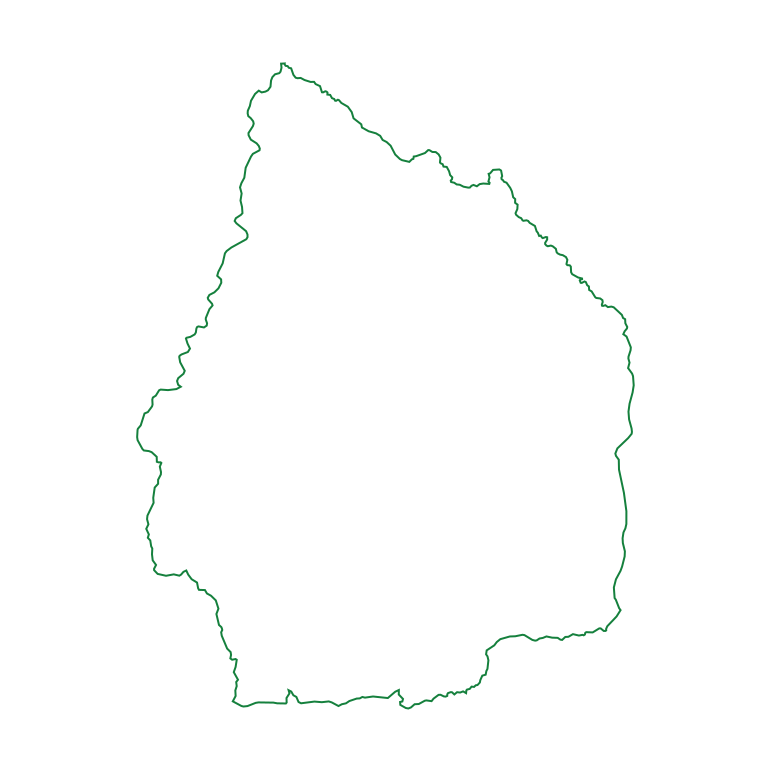 Belén De Umbría, Risaralda, Colombia, rotated 177°
{"feature_id": "7082276B92483962355634", "entity_name": "Belén De Umbría", "entity_type": "district", "adm_level": 2, "iso_a3": "COL", "parent_name": "Colombia", "parent_adm1": "Risaralda", "projection": "mercator", "projection_center": [-75.868, 5.19], "detail": "fine", "context": "isolated", "style": "outline", "palette": "green", "viewbox_px": 768, "rotation_deg": 177, "n_neighbors": 0, "source": "geoboundaries", "source_scale": "gbopen_adm2", "svg_char_len": 6085}
<svg xmlns="http://www.w3.org/2000/svg" viewBox="0 0 768 768"><g transform="rotate(177 384 384)"><path d="M551.6,75.0L543.2,69.9L541.2,69.3L537.2,69.5L528.8,72.3L526.0,72.6L511.1,71.6L507.3,70.7L498.7,70.1L497.9,71.0L497.8,75.5L494.6,80.0L495.3,83.2L492.7,81.7L490.8,77.9L487.9,76.1L486.0,70.9L483.5,69.5L470.1,70.5L462.7,69.5L455.8,69.9L452.9,68.8L446.3,64.8L442.9,66.4L438.7,67.1L435.2,69.2L427.7,71.3L424.7,71.3L422.0,72.6L419.4,71.8L411.3,72.5L396.6,70.2L388.9,76.1L385.2,77.6L385.5,73.1L381.5,68.5L382.3,66.0L384.6,65.6L384.5,62.7L379.2,59.3L376.7,58.7L374.0,59.6L370.2,62.6L366.0,62.6L359.8,65.6L358.2,65.8L353.1,64.8L351.0,67.2L345.8,70.7L343.8,70.7L340.6,68.9L338.8,68.6L337.2,69.2L337.0,70.9L336.2,72.0L333.4,72.8L332.2,72.6L330.0,70.3L327.2,72.4L324.1,71.9L321.1,72.9L318.2,71.0L317.8,73.7L317.1,74.5L314.4,75.0L312.4,77.2L309.9,76.8L308.2,78.3L306.4,78.5L303.9,80.9L303.3,83.3L301.1,87.6L297.7,88.4L296.8,92.0L295.6,94.1L294.2,102.6L294.9,106.6L296.2,108.7L295.4,112.6L287.5,117.3L284.9,120.4L281.2,123.1L271.5,125.3L266.1,125.2L258.8,126.3L256.9,125.9L249.3,120.7L246.5,119.8L244.9,120.0L242.0,121.7L238.7,122.1L235.0,123.4L229.4,121.9L223.8,121.4L221.3,119.5L219.5,119.1L216.2,121.9L213.1,121.9L208.4,124.3L202.5,122.6L198.9,123.1L197.7,122.6L196.5,123.3L196.0,125.0L195.0,125.6L188.6,125.0L181.8,128.7L180.4,128.6L177.5,125.9L175.8,125.8L175.0,126.3L175.0,127.8L173.7,130.4L163.9,139.7L159.6,145.8L160.9,147.8L163.8,156.5L164.9,158.2L165.1,168.8L162.6,176.8L157.6,185.0L155.8,189.2L152.7,199.2L152.2,204.3L153.8,212.7L153.8,217.5L152.6,223.3L150.5,227.2L149.3,231.5L148.6,244.3L150.1,262.7L153.8,286.2L153.5,296.1L156.1,300.1L156.6,302.5L154.3,307.5L143.0,317.2L139.3,321.3L138.9,323.2L139.1,326.6L141.1,335.8L141.3,343.6L139.8,351.5L136.2,362.5L134.7,369.6L134.9,378.8L135.7,381.4L139.4,387.1L137.7,392.5L138.6,396.6L138.4,398.5L136.0,404.8L135.6,407.7L139.3,418.7L142.4,421.2L140.9,424.1L138.5,426.7L138.1,428.2L139.8,432.0L139.8,436.1L141.8,437.4L142.8,440.5L150.6,448.6L152.9,449.4L156.4,449.1L158.8,451.1L161.2,450.5L162.2,450.8L162.3,451.9L161.3,454.4L161.5,456.3L163.6,458.1L167.5,458.8L168.5,459.6L171.8,465.6L174.2,467.2L174.3,470.7L175.9,472.0L177.1,475.2L178.4,475.9L181.2,474.6L182.3,474.8L183.1,477.3L182.4,478.0L180.7,478.3L180.7,479.0L184.6,480.2L190.3,483.8L191.3,485.8L191.3,491.5L192.3,492.8L194.7,493.1L195.5,494.2L194.4,498.4L195.6,501.2L198.7,503.3L201.4,504.0L203.8,505.4L204.7,506.6L205.3,510.0L208.3,512.7L210.1,513.5L213.2,513.0L214.5,513.7L215.7,515.2L215.7,516.5L213.5,519.7L213.4,522.0L214.6,522.3L217.8,521.4L218.7,522.1L219.7,524.0L221.3,523.7L222.5,527.1L223.6,528.5L225.0,533.9L230.1,537.3L231.5,539.3L233.1,540.0L236.3,539.7L237.1,540.2L238.3,542.4L240.7,543.6L243.3,546.2L243.7,547.7L241.7,551.7L241.2,556.1L243.6,558.1L243.3,561.8L245.2,563.7L246.2,569.7L247.7,573.3L251.1,578.6L253.7,579.8L254.4,581.2L255.8,582.3L256.0,583.7L255.1,585.4L255.9,591.0L256.5,591.5L257.6,592.2L263.9,592.1L267.0,588.8L268.5,588.4L267.8,584.9L269.1,580.8L268.0,579.4L268.4,578.3L274.4,579.0L278.0,578.6L280.9,576.6L284.2,578.1L286.2,577.4L288.0,575.7L289.6,575.7L294.3,576.9L297.9,579.0L301.0,579.5L303.3,581.3L306.4,582.2L306.7,583.6L305.4,584.9L305.0,586.8L307.0,589.1L307.9,593.1L310.0,597.5L313.2,598.0L313.9,600.4L316.0,601.5L316.5,602.4L315.8,607.1L317.4,610.4L320.2,612.9L323.6,613.2L326.3,615.1L327.6,615.3L331.0,612.5L340.1,609.8L342.4,609.6L342.9,607.3L344.4,606.9L347.1,604.5L354.3,606.6L356.4,607.9L360.8,612.6L364.9,621.6L368.7,625.5L372.6,627.8L374.8,632.0L378.8,634.7L386.1,637.2L392.6,641.3L393.1,644.5L400.5,650.9L402.0,657.2L405.6,662.8L411.9,666.9L414.1,669.8L415.2,670.3L417.1,669.3L418.0,669.5L418.8,671.2L421.0,672.2L422.6,675.5L425.4,676.0L425.2,678.1L426.1,679.0L427.3,679.4L429.6,678.4L430.7,678.6L432.3,684.8L436.6,687.1L438.0,689.4L441.5,689.5L447.4,691.7L451.2,694.0L454.3,693.9L456.2,694.5L458.3,697.5L460.2,704.1L462.5,704.8L463.6,706.5L465.6,706.9L466.6,708.6L466.4,709.3L470.0,709.3L469.8,705.2L471.0,701.3L472.3,699.9L476.6,699.0L479.4,696.3L480.9,693.0L481.8,686.8L484.5,683.4L487.1,682.2L490.9,681.6L493.7,683.5L497.6,680.4L502.0,673.8L503.4,668.6L505.7,664.0L506.0,661.3L505.5,658.6L503.2,656.5L500.9,653.2L500.5,650.8L501.4,648.4L506.2,641.7L506.2,639.5L504.2,635.0L498.6,631.0L496.6,628.3L495.7,625.6L496.1,623.9L502.9,620.7L504.9,618.1L510.8,607.2L512.7,597.3L515.9,592.0L517.5,587.9L516.2,581.7L517.7,574.7L516.5,568.2L516.4,562.0L518.0,560.4L523.3,557.3L524.6,554.6L523.0,552.2L513.7,543.8L512.5,540.4L512.6,537.8L513.9,535.8L529.3,528.3L534.2,525.0L536.0,522.8L538.8,512.9L543.6,504.6L544.9,500.8L541.2,497.0L541.2,493.6L544.3,488.2L548.6,484.4L553.7,482.1L555.5,479.3L555.1,477.6L551.5,473.1L551.1,471.4L554.4,467.9L558.5,459.2L558.6,457.6L557.5,453.9L558.0,451.6L560.8,449.9L566.2,451.2L567.5,450.8L568.4,449.4L569.2,445.3L570.5,443.4L574.9,441.2L578.8,440.5L579.4,439.8L578.1,434.7L575.9,429.5L578.2,426.2L584.7,424.1L586.6,422.9L587.1,421.8L586.4,416.3L582.3,407.6L583.7,404.7L589.2,400.6L590.5,397.8L589.6,394.0L587.1,391.9L591.6,389.8L600.0,389.2L607.3,390.1L608.9,389.5L612.5,384.3L615.5,382.6L616.2,380.6L616.2,375.6L616.8,373.8L621.3,368.3L624.7,367.1L629.1,355.4L632.1,352.2L632.5,351.1L633.3,343.9L633.0,340.8L628.7,331.8L627.3,330.2L622.3,329.3L619.6,328.1L614.8,323.2L614.9,318.2L613.4,317.6L611.2,317.5L610.5,316.8L612.2,313.2L611.3,307.7L611.6,305.3L614.6,300.2L614.8,296.2L618.4,292.6L620.4,282.4L620.3,277.4L627.1,265.0L627.7,261.4L626.6,256.2L629.0,251.8L626.7,246.1L627.9,242.8L625.6,240.0L625.0,234.1L624.0,231.8L624.6,226.0L624.2,220.0L621.1,215.2L623.3,211.5L623.3,210.1L620.0,206.2L611.7,203.9L603.9,204.9L598.4,203.3L596.6,204.3L594.1,206.9L591.2,208.1L589.5,203.9L586.3,199.1L581.1,195.5L580.3,189.7L579.5,188.1L573.6,187.6L571.8,184.1L567.8,181.6L563.3,176.7L561.1,168.3L563.4,163.1L561.4,152.0L559.2,149.8L558.7,148.5L558.4,146.8L559.6,144.6L559.2,141.1L554.5,128.0L551.2,124.3L550.9,121.5L551.8,118.0L550.1,116.6L546.6,117.1L545.5,116.3L547.0,109.2L549.1,104.1L545.3,96.3L547.2,94.1L546.9,90.0L548.5,85.8L548.5,80.2L551.6,75.0Z" fill="none" stroke="#15803d" stroke-width="2"/></g></svg>